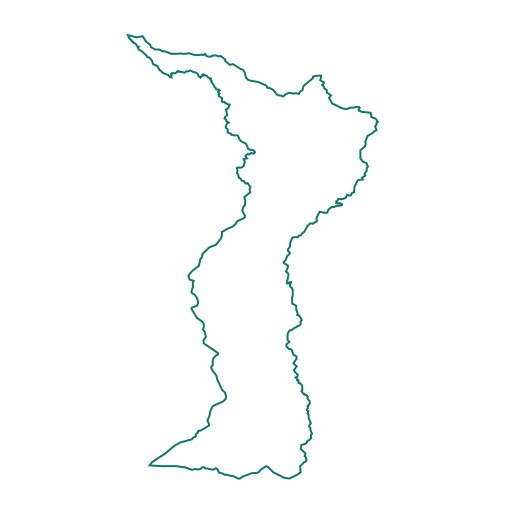 Santa Isabel, Tolima, Colombia (Equal Earth projection), rotated 269°
{"feature_id": "7082276B22900870629792", "entity_name": "Santa Isabel", "entity_type": "district", "adm_level": 2, "iso_a3": "COL", "parent_name": "Colombia", "parent_adm1": "Tolima", "projection": "equal_earth", "projection_center": [-75.189, 4.734], "detail": "fine", "context": "isolated", "style": "outline", "palette": "teal", "viewbox_px": 512, "rotation_deg": 269, "n_neighbors": 0, "source": "geoboundaries", "source_scale": "gbopen_adm2", "svg_char_len": 6090}
<svg xmlns="http://www.w3.org/2000/svg" viewBox="0 0 512 512"><g transform="rotate(269 256 256)"><path d="M39.0,296.9L44.9,296.4L48.8,300.3L49.4,301.9L51.5,303.0L52.7,302.3L53.5,302.6L55.2,301.1L57.8,302.0L62.4,297.3L66.3,298.0L67.2,301.9L68.4,303.4L70.3,304.3L71.0,306.0L73.2,308.1L75.6,307.7L77.3,308.9L81.1,307.4L83.2,307.3L84.4,306.3L85.7,306.2L88.0,307.9L93.1,305.8L96.2,305.8L97.6,304.8L100.1,305.6L100.8,304.3L101.6,304.2L103.0,305.2L105.1,304.9L105.6,306.1L106.5,306.2L107.4,307.1L109.8,307.2L111.7,305.5L113.2,304.9L114.4,305.4L116.2,303.8L116.5,302.0L117.4,302.0L117.7,300.8L120.0,299.1L121.2,300.0L125.7,299.9L127.9,298.2L128.3,296.3L131.0,296.2L131.2,295.0L132.2,295.2L133.9,293.5L134.6,295.3L136.6,295.6L139.5,292.8L141.2,291.9L144.9,294.8L148.1,291.6L152.7,294.8L154.8,294.8L156.7,291.6L161.4,290.2L162.3,289.0L162.6,287.0L164.8,285.1L166.3,284.6L167.3,285.0L169.5,287.8L171.7,286.0L177.4,286.3L179.7,287.3L181.1,288.8L181.3,290.4L183.6,293.3L184.0,295.0L185.1,296.0L185.7,298.3L187.5,299.6L189.2,299.3L191.4,300.6L195.8,298.0L196.3,296.2L197.8,296.7L201.6,295.3L205.6,295.3L207.8,291.4L213.4,291.2L215.8,292.1L222.0,292.0L223.5,291.3L224.5,289.9L226.1,289.4L229.1,290.6L229.3,289.2L227.9,287.5L227.9,286.6L228.4,286.3L236.5,288.2L238.3,287.6L239.9,285.7L243.9,287.6L245.8,287.8L248.5,283.8L249.3,283.4L251.6,285.6L255.5,287.3L257.8,289.8L258.4,289.9L260.6,288.0L261.8,288.0L265.0,290.2L267.9,290.3L273.4,292.5L274.1,293.4L274.0,298.2L275.3,298.9L276.0,301.3L277.8,302.4L279.3,304.6L285.3,308.2L287.2,310.1L287.7,311.5L287.2,313.5L288.7,315.3L289.2,317.0L290.6,317.6L292.8,317.1L299.0,320.3L297.8,327.0L298.3,328.1L300.8,329.0L303.8,332.6L303.6,335.0L304.7,337.1L304.9,341.4L305.5,342.9L306.2,343.0L307.1,341.7L307.5,337.2L309.5,337.3L310.3,338.9L311.7,339.3L311.3,343.0L312.4,346.6L315.6,348.2L314.7,350.8L315.1,351.9L317.5,353.2L318.1,355.2L323.3,355.6L329.7,359.0L330.3,360.1L330.6,364.1L332.5,363.5L334.5,366.7L336.3,366.0L339.1,368.1L341.3,368.2L343.5,369.4L347.0,368.0L348.3,364.8L351.6,362.1L359.8,362.2L363.9,366.9L366.3,367.7L368.2,367.2L374.1,369.6L377.0,374.8L378.5,376.3L379.7,378.7L383.3,377.4L385.6,378.8L387.3,378.8L387.7,380.1L388.2,380.2L391.4,377.8L392.8,373.9L397.3,373.1L398.2,364.5L399.7,361.3L400.7,361.1L402.1,362.3L403.0,361.9L403.3,358.9L402.7,356.4L402.6,352.7L401.5,349.7L401.5,347.5L402.2,344.7L407.3,334.7L412.9,331.7L415.2,333.8L418.1,329.9L420.8,329.5L422.4,327.2L423.9,326.9L425.8,325.2L427.4,326.9L428.3,327.0L430.7,323.3L434.8,324.4L435.3,324.1L435.0,318.6L434.3,316.2L432.9,316.1L425.9,307.3L424.4,306.2L421.3,305.5L419.4,303.0L417.3,301.6L418.1,298.8L417.7,296.7L418.6,291.8L417.2,288.5L415.1,286.1L415.0,285.3L415.9,284.2L416.4,280.8L417.1,279.7L421.8,276.0L423.6,272.7L424.1,270.1L426.0,269.5L426.8,268.3L429.9,261.2L431.6,252.8L432.3,251.2L434.4,249.2L440.4,247.6L442.5,246.2L443.2,244.0L448.2,236.5L447.6,233.0L451.6,228.6L453.0,228.5L456.5,224.4L456.3,221.7L457.2,220.0L457.2,216.4L456.3,214.7L456.1,212.3L456.7,210.1L458.9,208.7L457.9,207.1L458.3,204.5L457.9,201.9L458.3,197.2L459.9,192.7L459.3,187.5L459.8,184.7L459.5,179.0L459.7,174.6L462.3,168.1L462.4,165.5L464.0,163.3L464.3,158.7L466.5,154.7L469.2,153.8L472.1,149.9L477.7,146.6L476.7,140.6L479.1,131.8L475.7,133.2L474.1,135.1L473.2,135.3L472.5,136.7L471.7,136.8L470.4,139.2L468.1,140.8L467.2,142.4L466.6,141.5L464.6,142.3L462.9,145.2L458.4,149.9L457.1,150.5L456.0,153.0L453.0,155.4L449.6,156.5L447.6,160.8L443.5,162.8L442.6,164.5L440.8,165.8L438.6,171.3L436.3,173.1L436.0,174.6L437.1,174.2L438.4,175.0L439.4,174.4L440.3,175.4L440.1,178.7L442.4,181.0L442.3,181.6L441.5,181.5L441.6,183.0L440.6,188.1L441.8,189.2L441.7,191.1L442.7,193.7L441.1,196.5L440.3,199.6L438.7,201.1L436.3,202.0L436.3,203.1L435.4,203.8L436.8,205.0L437.2,206.4L438.2,205.7L438.6,206.5L436.6,210.3L435.4,211.1L434.2,214.0L433.3,213.4L432.0,214.6L431.1,214.4L427.3,216.9L425.6,217.4L425.0,218.5L423.3,218.9L423.0,221.7L422.1,222.8L420.7,221.0L419.1,222.3L418.2,221.4L416.9,221.4L414.3,224.8L411.2,224.6L410.6,225.5L410.5,227.2L409.2,228.2L409.0,229.4L408.1,230.5L407.9,232.1L404.4,230.9L403.0,228.5L397.4,229.7L395.6,227.6L393.9,227.0L392.9,228.4L391.5,228.7L389.8,231.0L388.9,229.3L385.7,227.9L384.3,228.4L382.9,230.0L380.0,229.8L378.6,233.1L377.5,233.6L376.9,236.6L377.1,238.7L376.5,240.2L373.4,241.2L371.2,242.7L368.4,248.0L363.4,250.0L362.0,252.5L362.0,255.0L360.3,256.6L359.6,256.7L358.6,255.8L358.4,254.7L359.1,253.4L357.6,250.8L358.1,249.4L356.9,247.6L356.0,247.2L353.8,248.6L353.0,245.3L350.7,246.6L346.1,245.2L344.6,243.0L344.8,239.5L344.3,238.3L341.7,239.0L339.4,238.4L338.1,239.4L334.4,240.4L333.8,241.8L331.4,243.3L331.2,245.1L328.6,246.8L329.0,248.9L325.1,251.6L322.6,250.7L319.8,251.4L315.0,245.3L311.9,246.3L307.1,245.9L305.2,244.2L301.7,243.0L296.4,245.7L295.3,245.6L293.9,244.1L291.1,237.9L288.0,235.9L285.5,232.6L283.9,228.3L280.6,222.3L276.6,222.2L273.3,220.7L268.0,216.1L265.4,209.4L260.2,203.8L258.4,202.5L255.7,201.8L253.8,200.3L247.1,198.7L243.2,193.2L239.4,189.4L237.4,188.2L235.8,188.3L233.5,189.4L232.2,193.2L229.6,192.3L226.2,192.4L221.1,190.7L220.0,191.4L218.1,194.2L216.1,195.6L213.5,196.8L210.1,197.4L207.4,196.2L205.4,190.9L204.3,190.5L194.9,196.1L191.4,201.1L189.3,202.5L186.2,202.7L183.5,201.7L181.2,203.4L176.0,204.5L172.5,202.0L169.5,202.3L159.5,216.5L158.4,216.3L156.5,213.4L154.5,211.7L151.7,210.8L147.8,210.9L146.0,209.3L144.9,209.3L140.9,211.4L137.4,214.2L133.5,215.0L122.5,219.9L120.3,222.4L116.5,223.7L113.8,223.3L111.3,220.8L107.1,211.1L105.8,209.6L101.2,207.5L97.4,206.8L92.4,204.6L88.7,206.1L87.2,205.9L82.7,198.1L81.9,195.2L80.4,194.7L78.8,192.7L76.7,192.6L75.5,190.1L73.8,188.6L70.9,177.1L67.5,170.8L60.4,162.2L51.6,148.4L48.5,146.0L47.5,158.4L47.3,172.5L45.8,181.9L43.3,188.2L44.1,191.1L43.5,194.7L44.2,197.0L45.6,198.6L45.9,199.8L44.3,202.0L44.4,203.7L43.0,209.2L44.5,212.2L43.2,213.8L40.1,215.3L39.1,218.8L37.7,221.1L37.9,222.9L36.8,226.0L36.4,229.3L33.8,234.1L33.7,236.0L35.5,238.4L39.0,248.2L39.1,253.2L40.0,255.0L42.2,256.9L45.6,262.3L44.8,264.2L39.4,269.6L33.9,279.9L32.9,285.5L36.8,293.7L39.0,296.9Z" fill="none" stroke="#0f766e" stroke-width="2"/></g></svg>